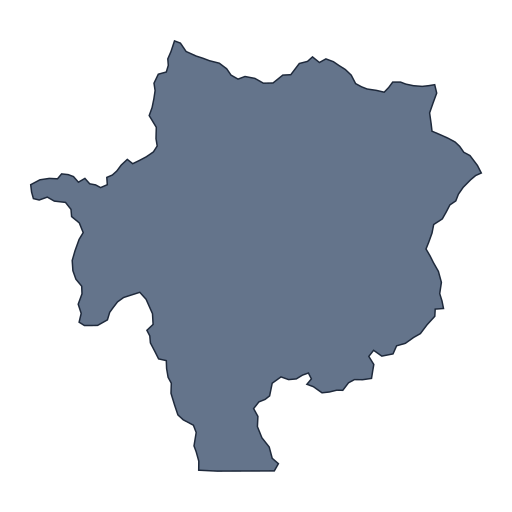 Salto de Pirapora, São Paulo, Brazil
{"feature_id": "56859067B30320122732425", "entity_name": "Salto de Pirapora", "entity_type": "district", "adm_level": 2, "iso_a3": "BRA", "parent_name": "Brazil", "parent_adm1": "São Paulo", "projection": "natural_earth1", "projection_center": [-47.59, -23.661], "detail": "fine", "context": "isolated", "style": "filled", "palette": "slate", "viewbox_px": 512, "rotation_deg": 0, "n_neighbors": 0, "source": "geoboundaries", "source_scale": "gbopen_adm2", "svg_char_len": 2450}
<svg xmlns="http://www.w3.org/2000/svg" viewBox="0 0 512 512"><path d="M30.7,184.7L31.6,192.1L33.4,198.6L39.2,200.0L47.3,197.1L54.3,201.1L65.5,202.4L71.0,209.4L71.6,216.6L79.3,222.9L83.2,232.6L79.1,239.4L75.0,250.8L72.2,260.5L72.9,270.7L75.9,279.2L81.7,286.2L82.0,293.8L78.2,304.2L81.2,313.4L79.1,322.2L84.4,325.5L91.7,325.5L97.6,325.4L107.4,319.9L109.7,312.3L113.2,307.5L117.5,301.9L123.6,297.5L131.0,295.1L139.8,292.3L146.1,299.3L152.5,313.7L153.1,324.4L146.9,330.3L149.8,335.9L150.4,342.9L155.2,352.1L158.6,358.9L166.3,360.6L166.6,368.5L168.1,377.3L171.3,383.2L171.0,393.3L174.6,405.1L177.9,414.9L183.2,419.8L193.4,425.2L196.2,432.5L194.0,445.9L196.2,451.8L198.8,461.2L198.7,470.2L217.1,471.1L274.3,470.9L278.4,463.7L272.2,458.3L269.2,447.0L261.9,437.8L257.4,426.6L257.9,416.4L253.6,408.6L258.9,401.9L265.1,399.4L269.6,395.9L272.2,383.2L281.0,376.9L288.6,379.6L296.3,378.9L302.5,375.1L308.4,373.0L311.4,378.9L306.9,384.3L313.4,386.7L322.0,392.8L329.3,392.0L336.7,390.2L342.8,390.3L348.5,382.8L354.4,379.6L362.6,379.7L371.5,378.4L372.7,370.9L373.8,364.5L368.8,356.4L373.6,350.3L381.8,356.1L393.0,353.9L396.6,345.8L405.4,343.3L413.7,337.4L420.4,333.6L427.1,324.7L434.8,316.3L435.2,309.1L443.5,308.5L442.0,301.0L439.7,293.6L441.4,282.4L438.4,271.4L433.4,262.6L430.1,256.0L426.0,249.0L428.7,242.3L432.0,233.1L433.7,224.5L442.3,218.9L446.1,212.2L449.9,204.9L455.8,200.9L458.4,194.2L463.2,187.3L470.6,179.8L475.7,175.5L481.3,173.0L477.4,165.4L470.0,155.6L463.8,152.3L459.7,146.4L455.2,142.1L448.0,138.2L441.1,135.1L432.0,131.2L431.1,123.5L429.6,112.9L433.2,102.6L436.7,93.1L434.7,84.7L428.5,85.7L422.2,86.4L413.4,85.7L405.8,84.1L400.6,82.1L392.7,82.1L388.7,87.5L384.2,92.2L376.5,90.4L367.1,89.0L361.5,86.8L355.6,83.6L351.2,75.1L345.3,69.5L339.1,65.6L333.4,61.7L325.9,58.9L319.4,62.5L312.5,56.9L307.5,61.4L299.3,63.5L290.8,74.7L282.8,75.1L273.0,83.0L263.4,83.2L254.9,78.4L245.0,76.5L238.0,79.1L231.0,75.1L226.7,68.8L219.3,63.2L209.4,60.7L202.8,58.2L196.0,56.0L186.1,51.5L180.4,43.1L174.5,40.9L171.0,51.5L167.8,58.9L168.3,65.4L166.3,72.0L158.3,74.2L154.0,83.2L155.1,90.6L153.9,98.7L152.1,107.5L149.2,115.6L156.3,127.3L156.0,138.6L157.2,146.0L153.4,151.9L146.3,156.8L139.5,160.4L132.7,163.7L127.3,159.4L121.2,165.1L116.8,171.0L112.4,175.0L106.8,177.4L107.3,184.7L100.6,187.6L95.6,184.9L89.7,183.8L84.9,178.4L78.4,182.2L73.5,176.6L68.2,174.6L61.6,173.9L57.5,178.8L49.3,178.4L39.9,179.8L30.7,184.7Z" fill="#64748b" stroke="#1e293b" stroke-width="1.5"/></svg>